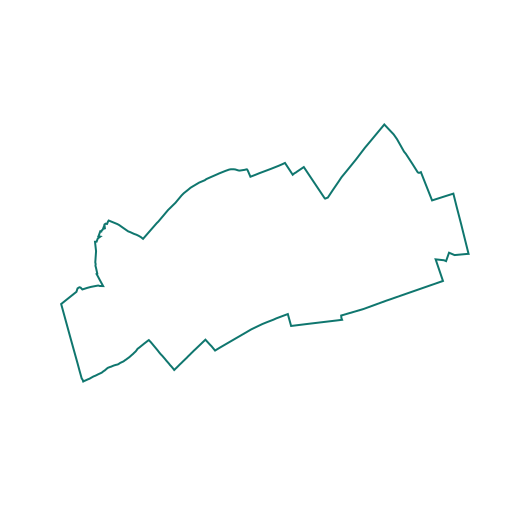 the district of Cuca, Galati, Romania, rotated 249°
{"feature_id": "2599482B7817102818431", "entity_name": "Cuca", "entity_type": "district", "adm_level": 2, "iso_a3": "ROU", "parent_name": "Romania", "parent_adm1": "Galati", "projection": "albers", "projection_center": [27.903, 45.741], "detail": "fine", "context": "isolated", "style": "outline", "palette": "teal", "viewbox_px": 512, "rotation_deg": 249, "n_neighbors": 0, "source": "geoboundaries", "source_scale": "gbopen_adm2", "svg_char_len": 3533}
<svg xmlns="http://www.w3.org/2000/svg" viewBox="0 0 512 512"><g transform="rotate(249 256 256)"><path d="M243.5,462.6L244.0,454.3L244.8,440.3L263.6,440.1L275.2,440.0L275.1,438.6L275.3,437.9L275.6,437.4L276.5,436.9L285.6,435.1L297.7,432.5L300.4,431.6L314.6,429.5L320.2,428.1L324.3,426.4L332.8,422.9L332.4,422.2L321.8,403.3L318.1,396.6L310.2,383.8L302.6,370.6L299.1,364.4L298.3,363.2L296.0,360.0L290.0,351.3L284.8,344.0L284.8,343.4L284.8,342.4L284.8,341.1L285.7,340.7L321.9,332.5L320.0,324.3L319.6,322.9L319.5,321.6L318.7,319.4L325.6,317.9L332.5,316.4L332.3,314.0L332.1,309.5L332.0,300.9L332.1,288.7L332.0,284.5L332.0,279.2L334.6,279.1L337.3,279.0L339.1,278.9L340.2,278.5L340.2,278.3L340.4,277.4L340.5,276.3L341.2,273.1L341.6,271.3L342.2,270.2L344.2,267.7L344.8,266.6L346.0,263.5L346.3,261.9L346.4,258.0L346.3,251.0L346.2,249.6L345.8,240.9L345.6,237.2L345.1,235.4L344.9,229.2L343.7,222.2L343.2,219.4L342.2,216.5L340.5,211.1L339.2,208.2L334.5,199.8L333.6,197.7L330.5,190.5L323.1,177.1L322.3,175.2L312.5,156.7L314.9,155.3L317.0,153.6L318.7,152.0L320.4,150.0L323.4,147.1L324.8,145.5L330.4,141.7L334.0,139.3L335.5,138.0L341.9,131.2L341.2,130.2L339.3,128.4L340.1,127.2L339.7,125.8L335.2,124.6L337.6,124.2L335.6,122.4L335.1,121.0L334.3,120.4L334.9,119.5L331.4,116.5L330.9,116.0L329.9,117.6L329.1,114.6L326.5,112.3L327.0,110.8L326.6,110.7L317.8,108.4L307.7,103.7L305.9,103.4L304.4,102.6L302.4,102.4L296.4,101.5L296.3,100.7L295.1,100.9L289.3,101.6L282.7,102.5L284.0,99.4L285.0,98.1L286.3,90.9L286.7,87.2L287.0,81.9L289.4,80.9L290.1,79.9L289.7,77.8L286.9,75.5L285.9,72.3L281.0,56.9L246.7,53.5L233.1,52.2L221.5,51.1L219.4,50.9L211.8,50.1L205.3,49.5L204.4,49.4L204.1,49.4L202.6,49.8L200.7,49.7L200.7,49.8L200.9,50.7L200.9,51.6L201.0,53.3L201.1,55.0L201.1,55.6L201.1,55.8L201.1,56.1L201.1,56.6L201.3,57.7L201.8,61.1L201.8,62.9L201.9,64.2L202.1,66.0L202.2,67.5L202.3,69.1L202.4,70.2L202.5,70.6L202.6,70.9L203.0,72.0L203.1,72.6L203.2,72.9L203.3,73.3L203.4,74.0L203.8,74.9L203.9,75.3L204.3,76.3L204.6,77.3L204.7,77.7L204.7,78.4L204.7,79.1L204.7,80.1L204.6,81.2L204.7,82.7L204.7,83.8L204.7,84.6L204.6,85.4L204.6,85.9L204.4,87.1L204.3,88.4L204.4,88.9L204.4,89.1L204.6,89.8L204.8,90.7L204.9,91.2L204.9,92.0L205.0,92.8L205.0,93.6L205.1,94.4L205.2,94.9L205.3,95.3L205.5,95.9L205.6,96.2L205.7,96.7L206.0,98.1L206.4,99.3L206.6,100.3L206.9,101.3L207.2,102.2L207.5,103.0L207.9,104.0L208.4,105.4L208.7,106.3L209.1,107.1L209.5,108.1L210.1,109.6L210.7,110.5L210.9,110.9L211.5,111.7L211.7,112.0L211.9,112.5L212.1,113.3L212.6,115.0L213.2,116.8L213.7,118.4L214.3,120.2L215.0,122.6L215.6,124.5L215.9,125.8L214.7,126.3L213.3,126.9L210.7,127.8L208.6,128.5L206.0,129.4L204.2,130.0L203.0,130.4L200.6,131.1L198.3,131.9L196.5,132.7L194.8,133.3L192.6,134.1L190.4,134.8L188.8,135.4L186.6,136.2L184.9,136.7L183.5,137.3L181.8,137.9L180.0,138.5L178.9,138.8L179.2,139.6L179.8,140.8L180.1,141.7L180.4,142.3L181.1,143.9L182.1,146.1L182.9,148.1L183.8,150.1L184.5,151.8L185.2,153.4L185.8,154.9L186.5,156.3L187.9,159.6L188.3,160.4L188.6,161.1L189.0,162.1L189.5,163.2L190.2,164.8L190.4,165.4L194.8,175.9L196.0,178.8L189.6,181.3L187.8,182.1L182.4,183.9L183.4,189.4L189.2,225.3L189.6,230.0L190.2,237.5L190.3,242.5L190.3,249.4L190.5,252.6L190.4,264.9L178.1,263.7L174.1,279.8L166.5,309.8L165.6,313.5L167.5,313.5L169.9,314.2L168.0,337.2L167.6,361.8L167.4,366.6L167.3,370.7L165.7,421.6L188.5,422.5L184.7,429.9L183.8,430.9L183.1,431.6L189.9,437.4L185.7,441.7L182.2,454.1L181.8,455.2L204.7,458.0L211.9,458.9L230.4,461.0L243.5,462.6Z" fill="none" stroke="#0f766e" stroke-width="2"/></g></svg>